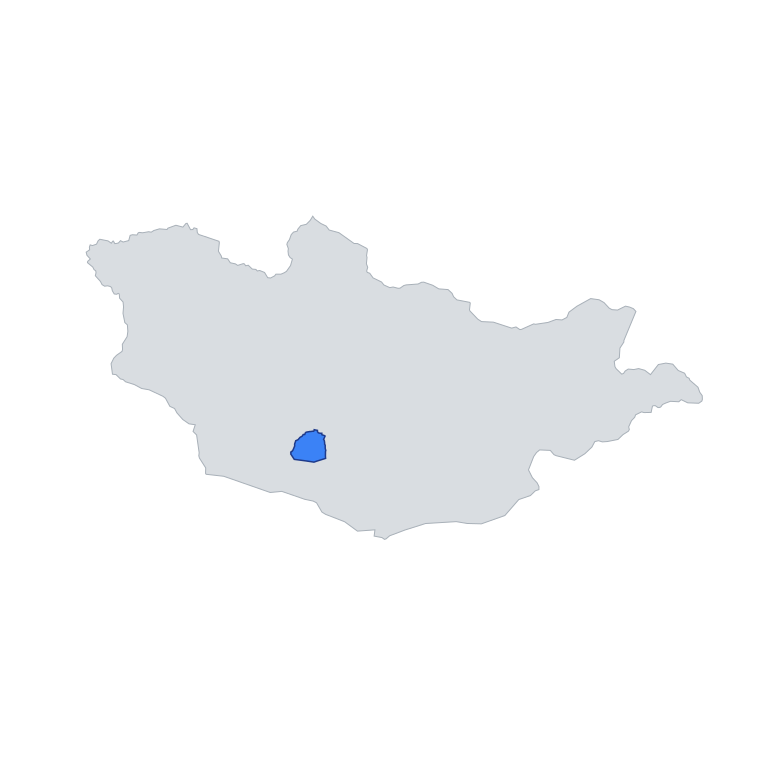 location of Bayanlig, Bayanhongor, Mongolia, rotated 10°
{"feature_id": "93677404B79696496210167", "entity_name": "Bayanlig", "entity_type": "district", "adm_level": 2, "iso_a3": "MNG", "parent_name": "Mongolia", "parent_adm1": "Bayanhongor", "projection": "albers", "projection_center": [100.732, 44.386], "detail": "fine", "context": "in_parent", "style": "filled", "palette": "blue", "viewbox_px": 768, "rotation_deg": 10, "n_neighbors": 0, "source": "geoboundaries", "source_scale": "gbopen_adm2", "svg_char_len": 4880}
<svg xmlns="http://www.w3.org/2000/svg" viewBox="0 0 768 768"><g transform="rotate(10 384 384)"><path d="M70.5,298.0L72.8,298.3L76.6,296.2L77.6,292.6L79.0,290.8L87.4,291.0L91.0,292.7L92.0,290.5L92.7,290.2L94.5,292.5L96.5,291.9L98.0,291.2L99.6,288.6L102.4,289.5L107.7,287.1L108.2,281.7L110.3,280.7L114.8,280.2L115.7,277.8L116.7,277.2L120.0,277.0L125.8,274.9L128.4,274.9L130.7,272.8L135.9,270.2L143.5,269.5L144.2,268.0L151.5,263.8L158.7,264.4L161.1,260.3L162.2,259.9L166.7,265.6L168.9,265.1L169.8,263.2L172.8,263.5L173.8,267.2L175.4,268.9L196.7,272.1L197.3,273.4L197.9,282.0L201.5,286.2L202.3,288.1L208.3,287.9L211.6,291.3L216.8,291.5L219.3,292.6L224.5,289.9L225.7,290.0L227.2,291.6L229.7,290.6L234.3,293.7L237.9,293.4L239.6,294.7L241.8,293.8L247.0,294.9L251.0,299.5L253.9,299.3L257.5,296.5L258.5,294.6L263.5,293.7L266.4,291.8L268.4,290.0L271.4,283.6L272.1,276.9L269.6,275.8L267.5,273.5L266.4,269.8L266.3,267.3L264.1,263.4L264.3,261.5L265.8,258.3L266.7,253.0L268.5,250.1L271.9,248.6L272.3,246.4L274.5,242.5L279.8,240.2L282.9,235.7L284.7,231.1L287.2,233.6L293.9,236.9L299.6,238.5L303.3,241.9L313.3,242.8L330.1,250.8L333.6,250.3L343.6,253.5L344.4,254.6L344.5,260.6L345.3,262.3L345.8,268.7L347.7,271.9L347.3,275.8L348.2,277.0L350.7,277.4L354.8,281.4L363.9,284.0L366.7,286.5L372.9,288.1L376.1,286.9L381.3,287.3L383.2,286.8L386.4,283.6L388.5,282.6L400.2,279.6L403.3,277.3L405.5,276.8L414.8,278.3L421.4,280.8L430.7,279.9L435.3,282.9L437.4,286.0L441.2,288.5L454.2,288.7L454.9,289.3L455.3,296.1L455.9,297.1L465.0,303.8L469.2,305.6L481.0,304.1L500.0,306.8L504.1,304.9L508.3,306.8L509.8,306.4L521.0,298.8L522.8,298.9L534.8,294.9L542.2,290.6L548.2,290.0L552.5,286.7L553.7,281.1L560.5,273.9L572.7,264.0L581.2,263.7L586.5,265.6L592.6,270.2L595.7,271.2L601.2,270.6L608.3,265.4L612.5,265.6L616.5,266.5L619.5,268.8L612.7,299.4L612.9,301.1L610.1,307.7L611.2,317.3L606.8,321.6L608.4,326.8L609.9,328.6L616.4,333.0L618.1,332.0L619.2,329.4L621.9,326.9L627.5,326.4L632.1,324.6L638.4,325.2L644.8,328.5L650.8,317.2L657.9,314.5L664.9,314.3L671.4,319.6L678.2,321.2L680.6,324.5L683.5,325.4L684.5,327.1L693.8,332.7L696.4,337.3L699.4,340.2L700.2,343.8L700.0,345.6L697.3,348.3L686.4,349.8L679.4,347.8L677.4,350.3L669.1,351.3L664.8,353.8L661.9,355.8L660.5,358.6L659.2,359.4L657.8,359.6L654.9,358.2L652.8,358.7L652.2,359.3L652.0,365.6L645.0,367.0L642.5,366.7L637.1,370.7L636.7,373.2L634.1,377.1L632.4,383.7L633.5,386.2L632.9,388.0L628.2,392.3L624.0,398.0L613.9,401.9L609.0,403.1L605.1,402.6L601.6,404.1L599.7,410.0L593.9,417.8L584.8,426.0L566.1,424.7L563.7,424.1L559.3,420.5L548.7,421.9L546.1,425.0L544.0,429.5L541.2,443.5L546.4,450.5L552.0,454.8L554.4,458.1L554.9,461.1L551.6,462.9L547.6,468.4L536.8,474.4L525.9,492.5L504.2,504.8L490.2,506.9L479.0,507.0L449.1,514.2L430.1,524.1L415.9,532.5L412.9,536.2L411.4,536.9L408.7,535.6L400.7,535.5L400.4,529.2L383.4,533.5L369.2,526.5L349.1,522.5L345.1,520.9L338.2,512.7L334.6,511.6L325.9,511.3L302.0,507.5L290.8,510.6L242.2,502.7L224.5,503.8L223.8,503.0L223.0,497.6L215.1,489.0L214.1,486.9L213.9,483.8L208.3,466.7L204.2,463.9L205.2,456.9L198.9,457.1L192.0,453.9L185.1,448.4L182.0,444.5L177.0,443.2L171.3,436.0L168.5,434.5L153.7,430.5L146.1,430.5L138.2,427.9L129.1,426.7L126.3,424.9L123.6,424.8L118.5,421.3L114.9,421.5L111.7,411.4L113.4,405.5L115.6,402.2L120.4,397.3L120.5,395.3L119.4,390.3L122.8,382.0L122.6,376.6L121.0,370.3L118.1,368.5L114.7,359.8L114.1,353.2L112.8,348.6L108.7,345.4L107.7,341.4L106.4,340.9L105.3,342.0L102.7,342.2L100.3,339.4L99.1,336.5L97.6,335.5L94.7,335.3L91.9,336.2L89.1,335.1L87.0,332.3L80.9,327.5L81.1,324.6L80.5,322.6L78.6,321.7L76.9,319.4L70.9,316.0L70.9,314.6L73.1,311.9L69.1,308.8L67.8,305.9L70.8,302.9L70.1,300.4L70.5,298.0Z" fill="#d9dde1" stroke="#a8b0b8" stroke-width="1"/><path d="M304.3,469.1L308.7,473.8L320.4,473.3L324.3,473.2L328.6,473.1L331.3,471.6L339.4,467.4L338.8,465.0L338.1,460.6L338.2,459.9L338.2,459.5L337.3,457.6L336.7,454.4L335.9,453.5L335.9,452.7L335.1,450.2L334.7,449.6L334.1,449.0L334.4,448.0L335.0,445.6L334.7,445.2L333.8,445.1L331.6,444.7L331.3,443.3L330.5,443.5L329.0,443.6L328.3,443.5L327.8,443.5L327.4,443.1L326.8,442.6L326.5,441.2L324.8,441.2L323.2,441.1L323.2,441.3L323.2,441.5L323.3,441.6L323.3,441.8L323.2,441.9L323.2,442.0L323.2,442.3L323.1,442.5L322.8,442.7L322.7,442.8L322.4,442.8L322.2,442.9L321.8,442.9L320.5,443.4L319.8,443.6L319.5,443.6L319.1,443.7L318.4,444.0L317.2,444.4L315.9,444.9L315.7,445.0L315.4,445.3L315.3,445.5L315.2,445.6L315.0,445.9L314.7,447.5L313.3,447.7L313.0,448.2L312.9,448.6L312.3,449.8L311.7,450.2L310.6,451.1L309.0,453.8L306.9,455.2L306.8,456.1L306.4,458.7L306.8,460.6L306.0,464.1L305.7,465.1L305.7,465.3L305.6,465.5L305.4,465.7L305.3,465.9L305.3,466.0L305.2,466.1L305.0,466.4L304.8,466.5L304.7,466.5L304.4,466.7L304.3,466.8L304.2,467.0L304.2,467.4L304.1,467.5L304.3,467.8L304.3,468.0L304.4,468.3L304.4,468.5L304.3,469.1Z" fill="#3b82f6" stroke="#1e3a8a" stroke-width="1.5"/></g></svg>